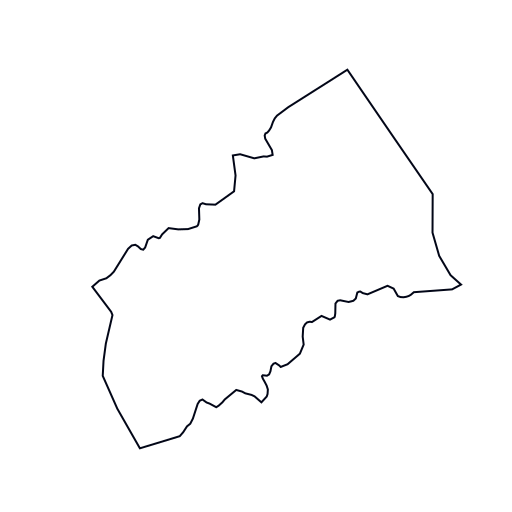 an SVG outline of Tartu, rotated 338°
{"feature_id": "EST-1659", "entity_name": "Tartu", "entity_type": "County", "adm_level": 1, "iso_a3": "EST", "parent_name": "Estonia", "parent_adm1": "", "projection": "orthographic", "projection_center": [26.767, 58.415], "detail": "fine", "context": "isolated", "style": "outline", "palette": "ink", "viewbox_px": 512, "rotation_deg": 338, "n_neighbors": 0, "source": "natural_earth", "source_scale": "10m", "svg_char_len": 1792}
<svg xmlns="http://www.w3.org/2000/svg" viewBox="0 0 512 512"><g transform="rotate(338 256 256)"><path d="M410.5,117.5L415.7,141.3L428.5,199.5L443.0,264.8L428.4,300.5L425.9,324.5L429.2,346.7L435.4,359.3L425.3,360.4L388.8,348.7L384.9,350.0L382.6,350.3L380.0,350.1L377.3,349.5L374.6,348.2L372.5,346.3L371.4,337.8L366.8,332.9L345.0,333.3L341.1,330.4L339.4,328.0L338.3,327.7L336.3,327.8L332.6,332.8L329.5,334.0L324.5,333.3L317.5,328.6L314.9,328.1L311.9,329.8L308.0,338.9L306.6,341.3L305.8,342.2L300.8,342.7L294.3,336.1L283.1,338.2L281.3,337.1L278.5,336.7L275.9,337.7L272.9,340.2L269.1,348.2L267.0,356.0L260.1,363.0L244.7,368.2L237.3,368.1L236.6,366.3L234.0,362.5L231.9,362.4L229.0,364.0L226.2,368.3L223.8,370.7L221.3,371.1L217.6,369.1L216.5,369.7L216.4,372.3L216.9,375.9L217.3,380.2L217.0,384.2L215.0,388.3L213.3,390.3L206.2,393.7L202.1,385.6L199.8,383.1L194.6,379.3L192.2,376.4L187.5,372.8L173.3,377.3L170.0,379.1L165.3,380.8L162.5,381.3L157.7,375.5L155.3,373.3L152.6,369.0L149.6,369.1L146.5,371.3L136.6,383.1L132.2,386.9L128.2,388.1L122.5,392.1L117.8,394.5L76.3,390.8L70.2,345.6L69.0,309.7L75.4,296.0L84.0,280.9L100.8,257.0L100.8,253.5L92.7,223.2L101.6,220.1L108.9,220.6L114.0,219.2L118.3,217.3L140.1,201.4L144.7,199.7L148.3,200.4L150.2,202.9L151.8,206.4L153.8,207.9L156.4,206.6L161.8,200.4L168.1,199.1L172.5,203.1L173.7,203.2L177.0,200.8L185.4,197.4L193.9,202.2L203.1,205.6L212.2,206.3L213.3,205.9L214.2,205.2L217.1,201.0L221.0,190.4L223.7,187.3L226.2,187.0L229.0,189.3L237.6,193.2L259.9,187.8L267.2,173.7L272.2,154.1L279.4,155.7L291.0,164.8L300.3,166.5L303.4,168.0L309.3,168.5L310.4,163.8L308.5,150.7L309.2,147.5L310.7,145.9L312.7,145.8L315.1,144.6L318.1,142.4L322.0,138.0L325.0,135.4L328.1,133.7L341.7,130.1L410.5,117.5L410.5,117.5Z" fill="none" stroke="#020617" stroke-width="2"/></g></svg>